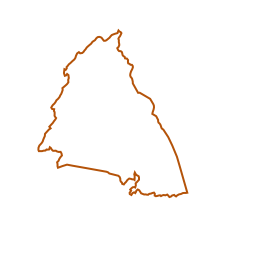 the district of Boa Nova, Bahia, Brazil, rotated 216°
{"feature_id": "56859067B98437240854807", "entity_name": "Boa Nova", "entity_type": "district", "adm_level": 2, "iso_a3": "BRA", "parent_name": "Brazil", "parent_adm1": "Bahia", "projection": "equal_earth", "projection_center": [-40.215, -14.372], "detail": "fine", "context": "isolated", "style": "outline", "palette": "amber", "viewbox_px": 256, "rotation_deg": 216, "n_neighbors": 0, "source": "geoboundaries", "source_scale": "gbopen_adm2", "svg_char_len": 3312}
<svg xmlns="http://www.w3.org/2000/svg" viewBox="0 0 256 256"><g transform="rotate(216 128 128)"><path d="M191.7,74.5L190.5,72.5L190.1,70.4L189.6,68.4L189.1,67.0L189.0,65.1L189.2,63.3L189.4,61.7L188.8,59.4L187.6,57.6L186.5,56.9L185.1,57.9L183.9,58.8L183.0,60.0L181.5,61.3L181.3,62.7L180.2,63.3L179.2,64.3L179.9,66.5L178.8,66.5L177.7,66.0L176.4,65.6L175.2,65.5L174.3,66.2L173.1,67.2L171.6,67.3L170.0,67.9L168.5,69.1L166.8,68.3L165.3,66.9L165.5,64.7L165.4,62.6L164.9,60.6L165.2,58.6L163.9,57.5L162.5,55.6L161.3,54.7L158.7,58.6L155.8,62.5L150.7,64.9L138.2,71.0L119.6,80.0L118.0,80.4L116.4,80.2L107.7,83.7L105.8,83.4L104.4,82.4L103.5,81.2L102.3,80.4L100.9,80.3L99.8,79.4L98.2,79.9L98.2,81.4L97.9,83.1L97.9,85.7L97.3,87.8L95.6,88.6L94.5,88.9L93.3,89.8L92.2,89.8L93.1,91.3L94.5,93.2L95.7,94.2L96.3,96.0L94.8,95.3L93.6,94.9L92.5,95.1L91.0,95.2L90.0,94.4L88.7,92.6L89.0,89.7L89.3,87.7L88.0,86.3L87.2,84.1L88.2,83.9L89.3,82.9L89.8,81.3L90.0,79.5L88.6,79.1L88.6,76.5L87.7,75.6L85.9,75.8L86.1,77.9L85.2,79.6L83.9,79.6L84.0,81.0L84.4,82.3L84.0,84.0L82.3,84.2L80.7,83.6L79.0,82.9L77.0,83.4L75.9,83.7L74.9,84.5L73.7,85.1L72.5,85.8L72.1,87.2L70.8,88.5L70.1,89.7L69.0,91.0L67.7,90.6L66.7,89.0L65.4,89.2L64.4,90.2L63.6,91.3L62.5,92.4L61.3,92.3L60.7,93.6L59.7,94.8L58.2,95.5L57.1,97.2L55.8,97.0L53.9,96.5L53.0,97.7L52.6,99.4L51.3,101.0L50.1,100.8L48.9,100.9L48.6,102.4L47.7,104.3L46.4,105.7L45.3,107.7L44.1,108.7L43.0,109.5L42.0,110.5L63.6,127.4L71.5,133.5L81.8,139.8L90.1,144.3L98.5,147.5L99.8,147.4L101.1,147.8L102.5,148.9L103.9,149.8L105.2,150.2L106.5,150.3L107.4,151.0L108.5,152.3L110.0,153.0L111.1,153.6L112.1,154.1L116.6,153.7L117.3,155.2L118.1,157.8L119.0,159.8L120.1,161.2L121.4,162.1L127.2,164.6L136.4,163.7L139.3,163.4L140.5,162.4L150.3,166.9L151.3,168.2L152.4,169.2L153.6,170.2L154.8,170.7L156.1,171.0L157.3,172.0L158.1,173.5L158.8,175.6L159.2,178.2L159.7,179.9L160.5,180.9L161.9,181.4L163.2,180.6L164.3,180.8L165.8,180.4L166.8,181.3L167.9,183.0L169.7,183.5L171.3,182.6L172.5,183.6L174.2,183.5L175.2,183.8L176.2,184.7L177.5,185.8L179.0,185.9L180.4,185.0L181.9,185.3L183.6,186.3L183.3,188.1L183.8,190.0L184.7,191.0L186.0,192.2L187.1,193.8L188.2,194.5L188.5,195.9L188.4,197.4L188.7,199.2L189.1,200.9L190.4,201.3L191.5,201.0L193.0,201.3L192.3,198.6L193.1,197.6L193.9,196.6L194.9,195.1L195.8,193.6L196.0,191.7L196.0,190.3L196.5,188.4L197.1,186.2L197.8,185.1L198.8,184.4L200.2,184.8L201.5,185.2L202.5,185.5L203.7,185.3L204.9,184.8L206.0,183.6L206.4,181.7L206.3,179.9L206.8,178.4L207.4,176.9L207.4,174.5L207.9,172.6L208.3,170.9L208.7,168.9L208.6,166.5L208.8,165.0L208.7,163.6L209.1,161.8L210.6,160.3L212.3,160.5L213.0,158.4L212.5,155.8L211.8,153.9L211.7,151.9L212.3,149.4L212.8,146.5L213.3,144.7L213.3,142.9L213.5,141.2L212.6,140.2L212.6,138.4L214.0,138.2L213.0,136.4L212.1,134.8L210.8,133.8L209.8,133.1L209.0,134.2L209.0,135.9L207.3,135.8L206.2,134.6L205.3,133.7L204.7,131.8L203.1,129.9L203.1,127.8L203.4,126.2L204.1,123.3L204.5,121.7L203.2,120.4L202.5,118.1L202.0,116.1L202.0,114.5L201.6,113.1L201.7,110.6L202.2,108.3L201.9,106.5L201.9,104.5L202.3,102.6L202.3,101.1L202.1,99.4L200.5,98.8L198.8,99.8L197.9,98.2L196.7,97.7L195.5,96.1L194.6,94.7L193.2,94.1L192.0,93.8L191.8,92.2L191.9,90.1L191.8,87.8L192.1,85.6L192.4,82.8L190.4,82.2L191.1,80.2L191.4,77.4L191.7,74.5Z" fill="none" stroke="#b45309" stroke-width="2"/></g></svg>